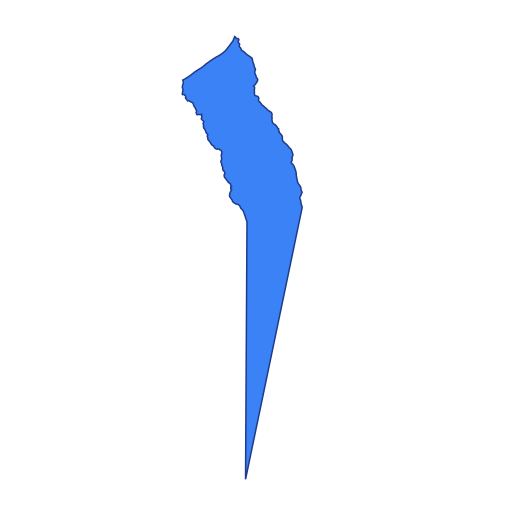 Kirinyaga Central, Central, Kenya, rotated 173°
{"feature_id": "3690345B89320584549641", "entity_name": "Kirinyaga Central", "entity_type": "district", "adm_level": 2, "iso_a3": "KEN", "parent_name": "Kenya", "parent_adm1": "Central", "projection": "mercator", "projection_center": [37.269, -0.377], "detail": "fine", "context": "isolated", "style": "filled", "palette": "blue", "viewbox_px": 512, "rotation_deg": 173, "n_neighbors": 0, "source": "geoboundaries", "source_scale": "gbopen_adm2", "svg_char_len": 5377}
<svg xmlns="http://www.w3.org/2000/svg" viewBox="0 0 512 512"><g transform="rotate(173 256 256)"><path d="M293.6,35.6L204.6,297.5L204.3,298.5L204.2,299.3L204.4,300.4L204.8,301.2L204.8,302.0L204.8,302.8L204.9,303.8L204.9,304.7L204.9,305.7L205.1,306.5L205.5,307.5L205.5,308.4L205.1,309.2L204.4,310.3L203.6,311.5L203.0,312.8L202.5,313.4L202.6,314.2L203.0,315.4L203.3,316.4L203.2,317.2L203.1,318.0L203.3,319.1L203.8,320.2L204.2,321.0L204.7,321.8L205.2,322.7L205.5,323.6L205.7,324.3L205.8,325.3L205.9,326.1L205.9,327.0L206.0,327.9L206.1,328.8L206.1,329.9L206.2,330.8L206.1,331.7L206.0,333.1L206.1,334.1L206.1,334.9L206.3,336.0L206.5,337.1L206.8,338.4L207.1,339.7L207.4,340.8L207.9,341.9L208.5,342.8L209.2,343.5L209.8,344.6L209.1,345.5L208.4,346.9L208.3,348.3L208.3,349.3L207.7,350.4L207.0,351.6L207.1,353.0L207.5,354.9L207.7,355.8L207.9,356.5L208.2,357.4L208.8,358.4L209.8,359.4L210.5,360.7L211.3,362.0L212.5,363.6L213.7,364.6L214.2,365.4L214.7,366.3L215.3,366.7L215.5,367.5L215.6,368.4L215.6,369.3L215.4,370.1L215.3,371.2L215.6,372.4L216.2,373.3L216.9,374.6L217.4,375.1L218.1,375.8L217.8,376.8L218.1,377.9L218.4,378.6L218.0,379.4L218.7,380.0L219.1,380.8L219.5,381.8L220.2,383.0L220.8,383.8L221.7,384.5L222.6,385.2L223.1,386.0L223.4,386.8L223.5,387.6L223.5,388.3L223.6,389.2L223.5,390.0L223.2,390.8L223.2,391.8L223.3,392.7L222.9,393.7L222.8,395.0L223.0,395.9L223.3,396.6L224.0,397.3L224.8,398.0L225.7,398.6L226.9,399.8L227.4,400.6L228.1,401.6L229.0,402.3L229.6,403.1L230.2,404.0L231.1,404.7L231.7,405.3L232.1,406.0L232.5,406.9L233.0,407.7L233.6,408.6L234.4,409.4L234.5,410.4L234.3,411.3L233.9,412.2L234.3,413.5L235.1,414.4L236.0,414.7L236.9,415.1L237.6,415.7L237.8,416.7L237.7,417.7L237.6,418.8L237.5,419.9L237.4,421.0L237.1,422.0L236.8,423.4L237.1,424.2L237.7,425.0L237.0,425.6L236.1,426.0L235.5,426.8L234.8,427.5L234.2,428.2L233.6,428.9L233.1,429.8L232.8,430.9L233.1,432.0L233.6,432.9L234.0,433.8L234.0,434.6L234.3,435.6L234.7,437.1L234.9,438.1L234.9,438.9L234.4,439.8L233.8,441.1L233.9,442.1L234.4,443.1L234.6,444.2L234.6,445.1L234.8,445.9L234.9,446.8L235.1,447.9L235.5,448.9L235.6,449.8L235.6,450.7L235.6,451.7L235.7,452.6L236.2,453.3L237.0,454.0L237.9,454.8L239.9,456.6L240.8,457.3L241.4,458.2L242.0,458.9L242.6,459.6L243.6,460.7L244.4,461.3L245.1,461.9L245.5,462.8L245.8,464.1L246.6,465.2L247.1,466.0L246.8,467.2L246.4,468.4L247.1,469.5L247.5,470.2L247.6,471.3L246.8,472.2L246.6,473.1L247.3,474.0L248.2,474.2L249.1,474.3L249.5,475.5L250.4,476.4L251.0,475.4L251.3,474.7L251.9,473.7L252.5,472.6L253.0,472.0L253.5,471.4L254.2,470.6L255.2,469.7L256.0,468.8L256.8,467.9L257.7,467.0L258.5,466.3L259.2,465.6L259.8,464.9L260.5,464.2L261.3,463.5L262.0,463.0L262.9,462.4L263.7,461.9L264.6,461.3L265.8,460.7L266.8,460.2L267.6,459.8L268.4,459.4L269.4,459.0L270.7,458.5L271.7,458.1L272.7,457.6L273.7,457.2L274.7,456.7L275.4,456.3L276.3,455.9L277.5,455.3L278.2,454.9L279.0,454.4L279.7,454.1L280.7,453.5L281.8,452.9L282.8,452.3L283.8,451.6L284.7,451.0L285.4,450.5L286.5,449.9L287.5,449.4L288.3,449.0L289.4,448.5L290.4,448.1L291.3,447.6L292.2,447.2L293.0,446.8L293.9,446.4L294.6,446.0L295.2,445.6L296.1,445.1L297.1,444.5L298.3,443.7L299.3,443.2L300.2,442.7L301.3,442.1L302.4,441.6L303.3,441.2L304.1,440.8L304.9,440.4L305.9,440.0L307.3,439.5L307.0,438.6L307.0,437.2L307.2,436.1L307.7,435.1L308.0,434.4L308.3,433.7L308.5,432.8L308.6,431.9L308.3,430.9L308.2,430.0L308.5,428.9L308.9,427.4L309.2,426.5L309.5,425.7L309.1,425.0L308.3,425.1L307.6,425.1L307.0,424.1L306.3,423.3L306.3,422.3L306.8,421.6L306.3,420.7L305.8,419.7L305.0,418.3L303.9,418.3L303.1,417.7L302.4,417.3L301.6,416.7L300.5,416.1L299.9,415.3L299.7,414.3L299.4,412.8L298.9,411.5L298.3,410.7L298.2,410.0L298.0,409.2L297.8,408.4L297.2,407.6L297.4,406.6L297.9,405.9L297.9,405.1L297.7,404.2L297.2,403.3L295.8,403.6L294.8,403.2L293.9,403.1L292.7,403.2L292.9,402.1L292.8,401.1L293.0,400.0L293.6,399.0L293.3,398.1L292.6,397.3L291.7,396.3L291.4,395.4L291.9,394.8L292.4,394.0L292.2,393.1L292.1,392.2L292.4,390.9L292.3,389.9L292.2,389.1L291.6,388.3L291.1,387.2L290.8,386.2L290.6,384.9L290.0,383.7L289.4,382.9L289.0,382.1L289.6,381.4L289.8,380.5L289.6,379.6L289.4,378.7L289.6,377.7L289.2,376.9L288.7,376.2L288.0,375.1L287.5,374.2L287.2,373.2L286.7,372.4L286.1,371.4L285.3,370.8L284.6,370.3L284.3,369.3L283.5,368.0L282.8,367.3L281.8,366.8L280.7,366.8L279.6,366.6L279.1,365.9L278.0,365.3L277.5,364.3L277.3,363.5L277.3,362.7L277.6,362.0L277.5,361.2L278.2,360.6L278.3,359.5L278.2,358.5L278.2,357.6L278.2,356.5L278.6,355.6L279.1,354.8L279.4,354.2L279.3,353.1L278.8,352.1L278.8,351.1L278.9,350.1L278.6,349.4L278.3,348.5L278.3,347.6L278.3,346.5L278.3,345.1L277.5,344.4L277.2,343.4L276.7,342.5L276.9,341.6L277.3,341.0L277.8,340.3L277.8,339.1L277.7,338.0L277.3,337.3L276.6,336.7L276.3,335.6L275.6,334.6L275.1,333.8L274.8,332.8L274.2,332.2L273.5,331.5L272.6,330.7L272.5,329.4L272.3,328.3L271.8,327.6L272.7,327.2L272.8,326.4L272.8,325.3L272.1,324.7L272.7,324.0L273.1,323.3L273.7,322.7L274.1,322.0L274.3,321.1L274.7,320.3L274.9,319.5L274.9,318.4L274.5,317.4L273.8,316.2L273.4,315.1L272.8,314.3L272.6,313.0L271.9,311.9L270.8,311.1L269.7,310.1L268.5,309.8L267.4,309.2L266.7,308.5L266.0,307.7L265.7,306.8L265.5,305.7L265.0,304.9L264.5,304.1L263.7,303.5L263.3,302.4L263.0,301.6L262.8,300.7L262.6,299.9L262.4,298.9L262.2,298.0L261.8,296.2L261.7,295.3L261.3,293.5L260.9,291.7L260.8,290.9L293.6,35.6Z" fill="#3b82f6" stroke="#1e3a8a" stroke-width="1.5"/></g></svg>